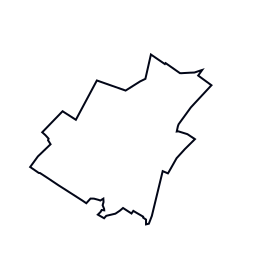 Ciuperceni, Teleorman, Romania (orthographic projection), rotated 303°
{"feature_id": "2599482B84154453637694", "entity_name": "Ciuperceni", "entity_type": "district", "adm_level": 2, "iso_a3": "ROU", "parent_name": "Romania", "parent_adm1": "Teleorman", "projection": "orthographic", "projection_center": [24.946, 43.75], "detail": "fine", "context": "isolated", "style": "outline", "palette": "ink", "viewbox_px": 256, "rotation_deg": 303, "n_neighbors": 0, "source": "geoboundaries", "source_scale": "gbopen_adm2", "svg_char_len": 1021}
<svg xmlns="http://www.w3.org/2000/svg" viewBox="0 0 256 256"><g transform="rotate(303 128 128)"><path d="M106.4,64.0L77.7,58.4L77.0,62.7L75.8,67.2L74.2,67.6L72.2,71.9L55.1,67.9L42.0,67.2L41.7,77.6L42.3,78.7L42.3,86.6L42.1,100.8L42.2,114.1L42.3,129.3L42.2,134.0L48.4,135.0L50.2,137.9L51.7,142.5L52.1,144.3L55.3,145.8L52.6,147.8L49.4,148.8L48.3,150.4L47.2,152.0L46.0,152.9L44.9,150.6L42.6,150.7L38.9,149.9L39.3,157.1L42.5,157.6L49.3,164.1L54.2,166.2L58.2,167.4L58.2,172.5L58.2,177.5L61.4,177.6L61.5,180.9L61.9,189.0L61.1,189.5L61.0,193.0L57.0,195.6L58.0,196.6L59.1,197.6L67.2,195.9L110.7,180.6L111.7,186.2L112.9,186.2L129.1,185.2L141.4,187.2L155.1,190.2L155.2,181.2L152.6,172.0L151.6,170.8L156.6,168.9L158.7,168.4L179.5,169.5L184.2,170.3L191.6,171.6L209.3,174.7L210.2,158.3L217.1,158.6L210.7,153.5L208.3,150.1L203.1,143.0L202.3,141.7L202.9,124.2L201.7,124.1L201.9,115.6L202.1,107.2L183.9,113.9L178.7,115.8L173.7,112.8L158.1,105.6L150.9,76.0L106.5,79.8L106.4,64.0Z" fill="none" stroke="#020617" stroke-width="2"/></g></svg>